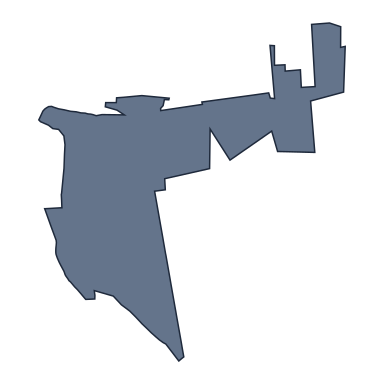 outline of Guadalupe Etla, Oaxaca, Mexico
{"feature_id": "50627088B16387311054674", "entity_name": "Guadalupe Etla", "entity_type": "district", "adm_level": 2, "iso_a3": "MEX", "parent_name": "Mexico", "parent_adm1": "Oaxaca", "projection": "equal_earth", "projection_center": [-96.805, 17.176], "detail": "fine", "context": "isolated", "style": "filled", "palette": "slate", "viewbox_px": 384, "rotation_deg": 0, "n_neighbors": 0, "source": "geoboundaries", "source_scale": "gbopen_adm2", "svg_char_len": 1813}
<svg xmlns="http://www.w3.org/2000/svg" viewBox="0 0 384 384"><path d="M314.8,152.4L310.6,101.0L343.6,92.1L345.2,46.4L340.6,47.4L340.7,26.7L329.5,23.0L311.6,24.4L315.1,86.6L301.3,87.4L300.4,69.8L285.2,71.1L285.0,64.8L274.5,65.3L274.4,45.7L270.0,45.4L274.6,98.6L270.3,98.1L268.7,92.9L253.0,95.1L204.2,101.7L201.9,102.0L202.4,104.4L160.7,110.6L160.6,108.4L163.1,105.7L164.4,99.6L168.8,99.8L169.2,98.2L141.8,95.6L123.5,97.3L116.6,97.8L116.3,102.6L105.7,102.6L105.3,106.8L116.9,110.1L124.3,114.9L102.0,114.6L96.2,115.7L92.9,114.6L90.6,114.1L87.9,113.9L85.1,113.1L81.0,112.9L76.2,111.8L70.6,111.3L64.1,109.8L58.5,108.8L53.9,107.3L51.6,106.4L48.6,106.6L46.4,107.9L44.7,109.1L42.9,111.1L40.5,116.3L38.8,119.9L40.5,121.7L48.5,125.2L52.8,128.6L58.6,129.4L63.9,135.9L65.0,144.8L64.5,154.0L64.0,168.4L61.6,193.2L61.3,194.5L61.6,200.1L61.9,207.8L61.0,207.8L59.1,207.9L45.2,208.7L44.7,208.7L51.0,226.3L56.2,240.4L56.2,240.8L56.4,242.6L56.2,245.2L55.9,248.1L55.8,250.1L55.8,252.2L55.9,253.1L56.0,254.1L56.5,255.7L57.0,257.1L57.4,258.2L58.9,261.6L59.3,262.5L60.9,265.6L63.7,270.8L64.1,271.6L65.0,274.3L65.5,275.4L66.0,276.2L67.3,278.0L67.8,278.7L69.0,280.7L69.4,281.0L70.5,281.9L73.6,285.6L74.7,286.9L75.5,287.7L77.4,289.6L80.4,293.1L85.7,299.4L94.8,299.0L94.9,296.0L94.9,295.1L94.7,293.8L94.3,290.6L113.3,296.1L121.4,304.8L129.8,311.1L135.4,316.7L135.6,316.9L138.5,320.0L142.2,324.0L146.0,327.6L151.3,332.8L156.0,337.0L159.5,340.0L163.3,342.7L165.8,344.0L169.8,349.2L178.8,361.0L182.5,357.9L183.8,356.9L182.7,350.8L181.3,342.6L176.3,314.5L176.1,313.3L175.9,312.1L174.9,306.5L170.9,283.8L169.6,276.3L165.9,255.2L165.6,253.9L163.5,241.8L163.1,239.4L154.6,191.2L165.3,189.8L164.7,178.7L209.6,168.6L210.1,129.0L230.0,160.1L271.7,131.1L277.6,151.5L287.0,151.7L314.8,152.4Z" fill="#64748b" stroke="#1e293b" stroke-width="1.5"/></svg>